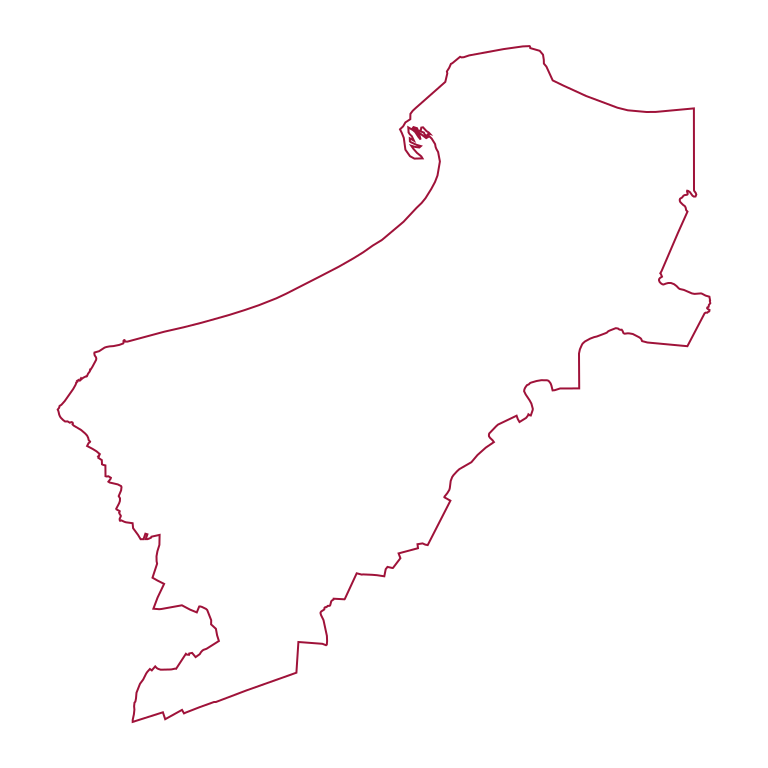 the district of San Bernardo Del Viento, Córdoba, Colombia
{"feature_id": "7082276B36183297139579", "entity_name": "San Bernardo Del Viento", "entity_type": "district", "adm_level": 2, "iso_a3": "COL", "parent_name": "Colombia", "parent_adm1": "Córdoba", "projection": "orthographic", "projection_center": [-75.988, 9.323], "detail": "fine", "context": "isolated", "style": "outline", "palette": "rose", "viewbox_px": 768, "rotation_deg": 0, "n_neighbors": 0, "source": "geoboundaries", "source_scale": "gbopen_adm2", "svg_char_len": 6027}
<svg xmlns="http://www.w3.org/2000/svg" viewBox="0 0 768 768"><path d="M687.4,346.2L704.6,313.3L705.8,312.6L707.3,312.7L708.2,311.8L709.2,311.4L709.4,311.0L709.5,309.9L708.0,309.1L707.2,308.4L707.1,308.1L707.4,307.4L708.6,306.8L708.9,304.9L710.3,303.2L709.8,300.9L710.1,300.5L709.4,296.7L705.6,295.6L702.0,293.7L701.0,293.4L694.5,293.9L691.9,293.4L683.8,289.9L679.8,289.0L678.7,288.3L676.6,286.1L674.1,284.2L671.0,283.0L668.2,283.0L665.9,283.6L663.6,284.5L662.4,284.3L660.9,283.3L659.6,281.9L659.0,280.3L659.0,279.7L659.2,279.0L660.1,277.9L662.0,276.7L660.9,274.0L660.3,273.3L661.6,271.0L677.9,233.0L687.5,211.6L686.2,210.2L685.6,207.5L684.8,206.1L683.0,204.8L680.4,202.2L679.9,201.2L679.7,199.9L680.1,198.7L682.1,197.5L683.5,195.7L684.6,195.1L686.9,194.8L687.5,194.4L687.7,193.8L687.0,191.2L687.2,190.7L688.1,190.9L689.9,192.1L692.5,195.7L693.9,196.6L695.5,196.5L696.3,194.6L695.7,192.9L694.2,190.9L694.0,190.2L693.9,108.4L656.0,111.9L646.5,112.0L627.8,110.3L617.4,107.7L586.1,96.0L563.2,85.5L552.7,80.4L546.4,66.6L543.9,63.6L543.8,59.8L543.0,54.7L539.7,50.8L530.3,48.1L530.1,46.9L529.6,46.1L522.8,46.4L503.6,49.1L469.2,55.4L463.8,57.2L461.5,57.4L460.1,56.8L452.3,63.2L450.9,63.9L449.2,67.8L446.9,71.4L447.3,73.4L445.3,81.9L415.6,108.1L412.7,110.8L410.4,113.9L410.3,119.2L405.4,122.4L403.1,126.4L400.0,129.3L401.9,133.1L403.8,137.9L405.4,149.7L410.0,156.2L414.4,158.6L422.5,158.4L421.3,156.4L417.0,152.9L413.4,148.8L411.3,145.8L415.0,146.9L419.3,147.5L420.9,146.1L416.7,144.9L410.6,142.1L409.9,141.3L409.8,138.3L413.9,140.6L411.8,136.2L409.8,134.3L408.6,132.5L408.3,127.4L413.0,130.1L415.2,132.0L418.5,137.0L420.6,139.5L419.5,135.4L415.5,129.5L412.7,128.2L413.5,127.1L417.0,128.2L419.1,132.7L426.2,138.1L427.9,137.1L424.5,134.2L423.9,132.6L421.7,131.8L419.9,130.6L420.9,129.8L421.3,127.6L423.0,127.3L426.5,131.1L428.7,132.5L430.1,134.0L428.6,133.6L427.8,134.4L429.0,136.0L431.7,138.6L435.1,144.1L435.6,147.0L436.4,149.0L438.1,152.0L439.9,161.5L437.5,175.5L435.0,182.0L431.3,188.9L425.5,198.2L421.6,203.0L416.5,207.9L403.5,221.8L382.0,239.9L372.7,245.6L363.2,252.3L353.5,258.3L338.6,266.8L319.5,276.7L286.2,293.7L276.4,298.3L258.9,305.2L244.6,310.1L229.4,314.9L201.7,322.7L183.6,327.3L164.3,331.7L127.5,341.6L125.3,341.6L124.5,340.1L124.0,340.2L123.5,340.8L123.5,342.9L123.1,343.5L119.3,344.9L113.4,346.1L109.5,346.4L106.4,347.0L104.6,347.6L99.1,351.2L94.5,352.5L94.3,353.5L94.7,355.4L96.0,357.3L96.3,358.5L96.1,359.9L92.4,366.8L90.4,370.0L90.1,369.7L90.0,369.9L90.1,370.0L89.8,371.4L88.1,373.6L86.9,376.3L86.7,376.4L86.5,376.1L83.3,377.7L81.9,378.8L81.1,378.1L80.7,378.7L81.3,379.3L79.9,380.6L79.3,380.6L78.7,379.9L77.2,380.8L77.5,381.2L77.4,381.7L76.2,382.5L76.3,383.0L75.4,385.1L73.2,389.0L64.7,401.1L61.4,404.8L59.6,405.9L59.1,407.8L57.7,409.6L58.4,411.1L59.2,414.6L60.0,416.5L60.9,417.8L63.2,420.1L65.1,421.5L67.6,421.4L69.8,422.7L71.3,422.1L72.4,422.4L72.9,423.2L72.5,424.4L73.7,425.6L81.1,430.0L85.2,433.5L87.1,435.6L88.2,437.9L88.7,440.1L90.1,441.6L89.9,442.1L88.5,443.2L87.1,446.0L92.6,448.9L96.5,451.3L99.8,454.1L98.5,456.0L99.0,456.0L98.3,457.8L101.8,460.1L102.0,464.3L103.2,464.9L105.4,465.4L105.5,476.2L106.6,476.5L108.5,476.3L110.9,477.8L110.6,478.8L108.4,481.7L109.6,482.5L117.8,484.4L121.1,486.1L121.5,487.1L121.1,490.4L118.7,496.1L120.0,498.3L119.9,501.0L119.1,503.3L116.2,508.8L116.5,509.4L119.7,511.1L119.7,511.8L119.1,512.6L119.4,513.5L120.8,515.7L120.8,516.2L119.6,519.0L119.8,520.4L120.1,520.8L121.4,520.4L124.4,521.8L126.0,522.3L132.6,523.2L133.1,528.2L138.1,535.0L140.6,539.2L143.5,539.2L145.4,533.7L147.4,534.3L145.8,539.1L147.7,539.1L149.3,538.5L151.1,537.6L151.4,536.7L159.6,534.9L159.4,544.9L157.4,551.3L156.5,556.3L156.6,561.2L157.1,563.7L152.5,577.7L157.4,580.5L164.1,583.9L157.6,597.5L153.4,608.7L159.2,609.2L161.4,609.0L181.9,605.3L190.0,609.6L196.8,612.4L199.2,606.5L200.0,606.4L201.9,606.9L206.0,608.9L207.2,610.0L211.2,620.2L211.1,624.4L215.9,628.8L217.1,635.3L218.9,641.0L206.5,648.8L203.6,649.8L202.5,650.5L201.0,652.1L199.7,654.2L195.6,657.1L192.1,652.9L189.2,653.5L189.0,654.8L186.8,654.6L185.9,653.8L176.1,668.8L175.2,668.6L171.6,669.4L169.6,669.5L160.7,669.7L158.2,668.9L156.8,668.1L155.2,666.4L151.8,670.4L149.9,669.0L147.3,671.9L146.2,673.5L143.2,679.5L140.0,683.8L136.5,692.7L136.0,698.4L135.5,701.0L135.3,701.7L134.5,702.6L134.1,706.3L134.4,709.7L133.9,714.3L132.7,719.9L132.7,721.9L162.9,712.3L165.2,719.2L182.0,709.9L184.0,713.4L185.7,712.6L199.8,707.1L214.0,702.0L215.9,702.0L246.5,690.4L296.4,672.7L298.4,642.0L322.4,643.8L326.0,645.2L326.8,644.6L327.1,641.1L326.9,635.9L323.5,620.1L321.0,615.0L320.5,613.1L320.6,612.4L321.2,611.5L324.2,609.5L324.4,609.0L324.4,608.0L325.3,607.1L326.5,607.1L327.7,605.9L329.6,605.8L330.0,605.5L330.3,604.9L331.2,601.4L331.7,600.7L333.5,599.5L333.6,598.7L344.5,599.3L344.8,599.0L356.7,573.3L361.8,574.6L363.0,574.4L372.2,574.8L377.0,575.2L384.3,576.3L385.7,569.2L387.5,566.9L392.4,568.0L393.0,567.9L400.4,558.2L398.6,553.4L418.0,548.2L417.5,544.2L422.6,543.4L425.2,544.6L427.7,545.1L450.4,500.7L444.4,497.3L444.5,496.6L447.2,493.3L449.3,489.9L449.8,488.1L450.7,480.9L452.2,477.0L453.6,475.0L457.1,471.2L459.4,469.1L471.4,462.2L477.5,455.0L485.8,447.6L493.9,442.1L492.6,440.3L490.0,437.8L489.0,436.3L488.9,435.0L489.2,433.5L496.1,426.3L498.0,424.6L516.6,415.7L517.8,419.1L519.5,422.0L526.1,417.9L527.9,415.6L528.4,414.3L529.8,415.3L530.8,415.5L532.7,410.0L532.8,408.8L531.4,403.6L529.6,400.3L525.7,394.5L524.1,391.2L524.4,389.4L525.2,387.6L526.9,385.2L528.9,384.3L530.0,383.1L531.1,382.6L536.6,381.0L541.3,380.2L547.1,380.3L548.3,380.7L549.1,381.4L550.6,383.4L551.4,385.5L552.6,390.4L554.7,390.2L560.0,388.5L579.2,388.4L579.0,353.5L579.9,349.3L581.8,345.0L582.6,343.6L584.9,341.5L590.2,338.6L594.2,337.1L596.8,336.5L605.8,333.1L607.0,332.5L608.3,331.2L610.3,330.3L615.7,328.2L616.8,328.3L618.2,328.6L618.8,329.2L620.2,329.8L621.7,329.7L622.6,331.0L623.4,333.0L624.1,333.5L624.7,333.7L627.7,333.3L629.4,333.4L632.8,334.0L639.0,337.2L640.6,338.3L641.2,339.0L642.1,341.1L647.4,342.5L687.4,346.2Z" fill="none" stroke="#9f1239" stroke-width="2"/></svg>